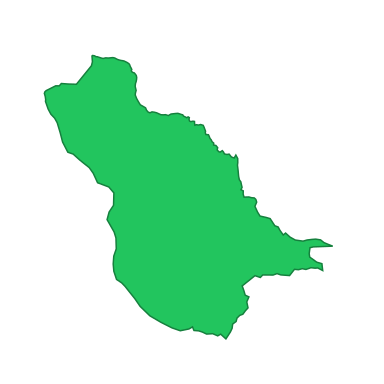 Kampos, Nicosia, Cyprus, rotated 81°
{"feature_id": "46923920B48864279122455", "entity_name": "Kampos", "entity_type": "district", "adm_level": 2, "iso_a3": "CYP", "parent_name": "Cyprus", "parent_adm1": "Nicosia", "projection": "mercator", "projection_center": [32.714, 35.063], "detail": "fine", "context": "isolated", "style": "filled", "palette": "green", "viewbox_px": 384, "rotation_deg": 81, "n_neighbors": 0, "source": "geoboundaries", "source_scale": "gbopen_adm2", "svg_char_len": 3040}
<svg xmlns="http://www.w3.org/2000/svg" viewBox="0 0 384 384"><g transform="rotate(81 192 192)"><path d="M41.6,268.8L42.0,269.5L43.1,269.6L47.9,270.0L51.6,271.6L67.5,289.3L66.0,297.3L64.4,304.1L66.4,306.5L66.3,307.1L65.8,310.0L69.0,320.1L70.0,321.6L71.0,322.1L71.4,322.4L74.9,322.0L78.3,322.1L79.2,322.5L79.9,322.5L80.4,322.4L87.6,321.1L93.1,319.2L97.6,316.1L102.5,314.3L112.9,312.9L122.4,312.0L133.3,308.4L136.0,303.4L142.8,297.9L146.8,294.3L151.8,289.7L158.1,286.6L168.1,283.8L174.0,273.4L180.7,269.3L192.9,271.6L198.8,277.0L206.0,280.2L219.2,275.2L225.5,274.3L236.3,275.7L243.1,279.3L250.8,281.1L258.0,281.6L266.6,280.2L270.7,275.7L274.7,272.9L281.1,269.3L288.3,265.2L296.9,261.1L307.7,253.0L315.9,243.0L323.1,233.0L327.2,225.3L326.8,216.4L325.3,212.6L328.5,211.9L329.1,211.7L330.2,207.1L332.0,203.6L334.6,199.8L335.2,193.7L338.1,189.1L336.9,185.9L342.4,181.5L336.3,176.0L332.9,173.7L328.8,172.5L326.8,168.7L323.6,167.3L321.3,164.1L320.7,160.9L317.8,158.0L315.2,154.8L309.1,155.1L304.5,152.2L302.2,155.6L297.6,156.2L292.6,157.1L290.6,153.6L284.5,142.9L287.1,137.9L285.0,135.1L286.7,124.9L285.9,120.8L287.8,117.2L289.8,108.7L284.4,102.9L285.4,99.0L285.0,95.1L286.3,91.6L285.4,86.4L286.5,82.3L286.7,79.7L290.0,75.2L283.1,74.9L280.8,79.8L274.7,85.9L271.2,85.9L265.5,84.2L265.2,80.7L267.5,61.5L264.9,65.9L262.6,69.6L259.4,72.5L257.9,77.2L257.6,80.7L257.4,85.9L257.9,90.0L255.6,97.5L251.9,102.2L247.2,106.0L248.7,108.6L243.5,111.2L240.0,112.4L238.3,115.5L230.5,119.0L228.7,122.8L226.4,128.6L222.1,130.4L216.0,132.1L212.1,129.7L209.3,130.1L207.6,131.4L206.9,134.2L205.8,136.6L205.2,141.4L202.1,141.8L198.9,141.2L197.4,143.3L195.2,141.8L193.0,142.0L189.5,142.2L187.4,143.3L183.9,143.5L177.8,143.1L172.6,142.9L170.2,142.2L166.1,141.6L162.4,142.9L165.0,145.0L163.6,147.6L160.4,149.4L160.4,151.6L159.5,154.0L157.3,154.7L155.9,155.6L157.0,158.0L156.4,159.2L154.4,160.6L152.2,159.7L149.8,161.1L149.0,163.3L147.1,162.9L145.5,164.3L143.4,164.9L142.0,165.8L139.3,166.4L138.0,166.8L137.4,169.3L135.4,169.6L134.1,169.1L131.7,169.6L130.1,169.9L127.9,170.5L126.7,172.9L126.9,175.2L126.2,177.1L126.5,178.7L124.3,178.7L122.7,178.5L122.2,180.0L122.3,182.2L121.6,183.3L119.7,183.6L118.1,183.0L117.2,184.1L117.8,185.6L116.5,187.3L115.7,188.5L114.3,189.1L113.8,190.3L113.1,191.6L112.1,193.6L111.9,195.8L111.7,200.5L112.8,203.4L111.5,206.0L111.3,208.3L110.8,210.6L108.2,214.6L107.3,216.7L106.6,219.0L107.2,221.1L106.2,222.8L104.1,224.1L101.6,224.7L100.6,225.9L98.9,228.0L97.8,229.4L95.7,230.3L93.7,231.1L90.9,232.1L89.0,232.5L87.4,232.9L85.4,232.4L82.9,231.3L80.3,231.5L78.8,231.6L76.1,230.9L74.2,229.9L72.3,229.2L70.3,228.7L68.2,228.8L67.0,229.4L65.4,230.3L64.7,231.7L63.7,232.7L62.7,233.0L61.6,232.3L60.4,232.6L58.5,233.3L56.4,233.7L55.3,234.3L54.5,235.2L53.7,236.1L52.9,237.3L52.1,238.4L51.5,239.8L51.0,241.4L50.4,242.9L49.5,244.7L48.6,246.0L47.7,247.1L47.1,248.4L46.8,249.7L46.7,252.1L46.6,253.7L46.0,256.3L46.2,258.9L45.5,260.6L44.9,261.8L44.3,263.0L43.6,264.3L43.3,265.8L42.3,266.8L41.6,268.8Z" fill="#22c55e" stroke="#15803d" stroke-width="1.5"/></g></svg>